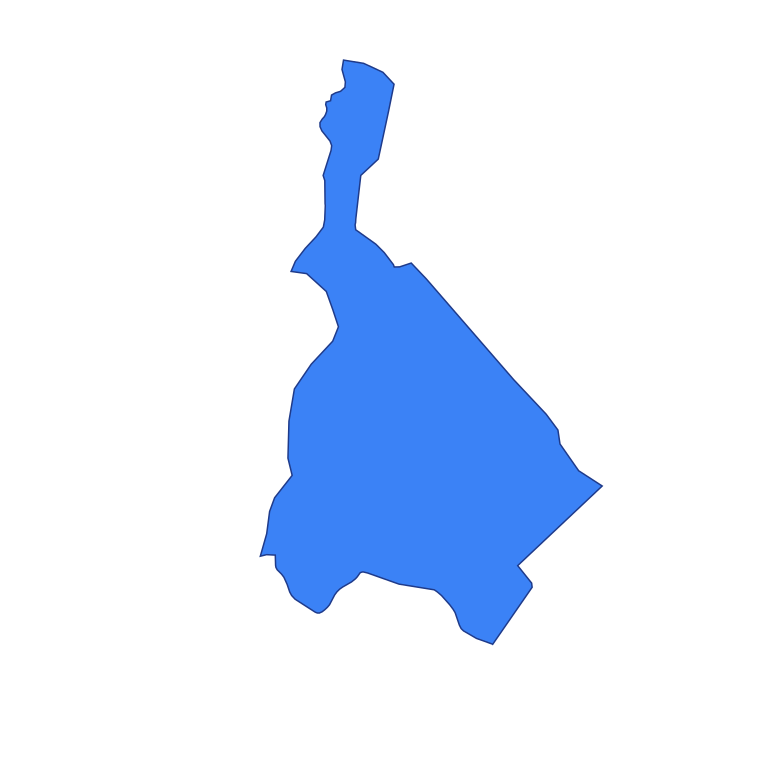 Mamou, Mercator projection, rotated 317°
{"feature_id": "GIN-5653", "entity_name": "Mamou", "entity_type": "Prefecture", "adm_level": 1, "iso_a3": "GIN", "parent_name": "Guinea", "parent_adm1": "", "projection": "mercator", "projection_center": [-11.878, 10.604], "detail": "fine", "context": "isolated", "style": "filled", "palette": "blue", "viewbox_px": 768, "rotation_deg": 317, "n_neighbors": 0, "source": "natural_earth", "source_scale": "10m", "svg_char_len": 1551}
<svg xmlns="http://www.w3.org/2000/svg" viewBox="0 0 768 768"><g transform="rotate(317 384 384)"><path d="M474.0,607.4L357.9,608.0L356.2,630.3L353.7,633.7L286.0,648.5L286.0,648.4L278.1,633.1L273.8,618.9L273.6,615.5L274.7,611.7L280.1,599.7L280.9,595.9L281.5,590.4L281.8,578.0L281.2,572.5L280.4,568.8L258.5,540.6L243.1,511.0L240.5,507.1L239.0,506.2L237.8,505.8L236.7,506.0L232.9,506.8L230.4,507.0L225.2,506.6L215.4,504.3L211.7,503.8L207.9,503.9L204.1,504.6L193.6,508.3L190.3,508.7L186.7,508.7L183.4,508.4L180.5,507.4L179.0,505.9L178.1,504.0L172.2,480.8L172.2,475.7L173.2,471.8L176.5,464.5L179.0,457.1L179.4,453.1L179.2,447.0L179.9,444.4L181.1,442.6L187.8,435.0L181.7,428.7L176.1,425.6L196.1,413.5L213.4,399.2L226.4,392.6L254.5,388.2L263.2,372.7L289.2,346.3L315.1,326.5L344.3,319.9L375.7,317.7L389.7,311.1L397.3,294.6L404.9,277.0L402.7,250.5L392.8,238.3L402.9,233.8L418.9,231.1L434.7,230.0L446.6,227.9L452.6,223.5L462.8,213.4L463.9,211.9L479.4,194.9L481.7,190.0L504.5,177.1L508.3,174.0L510.2,169.5L511.2,156.5L512.7,152.2L515.4,149.2L519.5,148.1L522.8,147.8L525.1,147.0L528.2,145.4L530.4,143.1L531.9,139.9L534.0,138.3L538.1,140.4L542.7,136.9L547.1,138.0L551.8,140.3L557.7,140.4L561.8,136.7L567.8,125.3L575.3,119.5L587.8,135.6L595.8,155.3L595.8,171.6L573.1,187.8L533.2,215.6L509.3,215.6L475.9,244.1L473.3,246.6L471.4,247.9L468.5,251.9L473.4,276.2L473.8,288.1L472.3,303.1L471.3,305.4L475.3,309.0L486.4,314.1L486.6,336.1L481.8,469.1L482.0,516.7L479.8,536.3L471.8,547.9L467.2,580.2L474.0,607.4Z" fill="#3b82f6" stroke="#1e3a8a" stroke-width="1.5"/></g></svg>